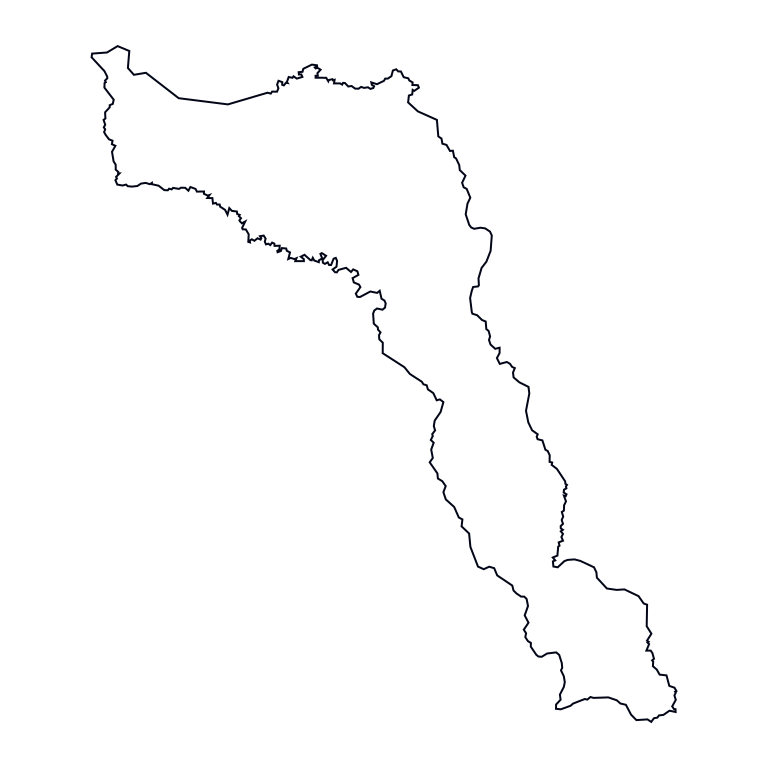 outline of Laranjal do Jari, Amapá, Brazil
{"feature_id": "56859067B40732020557984", "entity_name": "Laranjal do Jari", "entity_type": "district", "adm_level": 2, "iso_a3": "BRA", "parent_name": "Brazil", "parent_adm1": "Amapá", "projection": "orthographic", "projection_center": [-53.198, 0.775], "detail": "fine", "context": "isolated", "style": "outline", "palette": "ink", "viewbox_px": 768, "rotation_deg": 0, "n_neighbors": 0, "source": "geoboundaries", "source_scale": "gbopen_adm2", "svg_char_len": 6031}
<svg xmlns="http://www.w3.org/2000/svg" viewBox="0 0 768 768"><path d="M573.0,703.6L584.8,699.0L587.3,699.6L590.5,697.0L593.5,697.9L608.3,697.4L616.8,700.3L620.4,703.5L625.9,704.8L631.1,714.7L636.4,720.1L647.5,719.4L651.2,721.9L654.0,718.2L657.4,717.6L659.0,715.4L663.4,714.9L669.5,710.7L675.6,712.0L675.5,709.2L674.0,709.1L672.2,706.4L675.8,699.8L674.4,695.5L675.8,692.6L675.1,691.7L676.4,691.0L674.5,687.7L669.3,685.9L666.5,675.4L659.6,674.6L656.8,669.6L652.9,666.2L653.2,661.6L652.1,660.4L654.0,658.8L652.4,653.1L650.7,650.6L646.4,650.6L649.1,644.1L647.5,642.6L648.6,641.8L647.0,640.7L651.4,633.7L646.7,626.2L647.1,604.7L643.7,603.5L638.5,596.1L624.4,589.4L616.6,589.9L606.9,588.5L596.9,577.7L596.4,572.3L594.0,567.3L580.3,560.9L574.5,559.4L567.7,559.9L564.4,561.1L557.7,567.3L553.4,566.5L552.9,561.4L555.2,560.4L552.8,557.5L557.4,555.6L558.2,546.6L559.5,545.7L558.7,542.4L563.0,540.7L561.4,537.0L563.0,533.9L560.8,531.3L562.9,529.8L560.8,528.4L560.7,526.0L563.0,523.9L561.7,520.0L563.2,516.6L561.8,512.0L563.9,510.6L564.1,505.2L566.0,501.4L563.9,495.6L565.7,496.1L566.5,494.3L563.7,492.5L564.0,489.7L566.4,488.3L565.9,486.4L567.0,484.9L565.4,483.8L565.2,481.4L556.9,468.9L551.7,464.9L552.2,462.5L549.6,461.9L549.7,455.2L547.7,451.0L545.4,449.7L542.4,440.4L537.6,439.2L536.7,436.8L537.7,434.3L532.1,430.3L528.3,422.4L526.0,410.8L529.3,393.6L528.5,386.9L519.3,382.3L513.6,377.4L513.0,372.6L514.8,368.1L512.1,366.9L510.0,363.8L506.8,362.0L499.8,363.9L496.9,358.1L499.6,353.0L499.6,347.7L495.2,348.8L490.5,344.5L489.0,340.0L490.1,336.4L488.6,330.9L486.3,329.1L485.7,321.5L482.0,320.0L477.1,315.2L472.4,313.7L471.8,312.1L470.1,298.1L471.7,291.1L473.1,287.0L478.1,286.4L478.9,285.2L478.5,278.4L481.6,267.9L486.4,261.7L490.6,250.9L491.8,235.5L490.0,231.6L485.2,228.4L480.5,227.7L474.1,228.8L471.1,227.4L469.2,224.8L465.7,214.3L467.5,203.6L470.3,197.7L466.7,188.9L463.7,187.3L462.1,182.8L465.5,175.6L459.8,170.1L459.2,165.0L456.1,158.5L454.2,157.2L452.9,150.7L450.0,151.0L446.5,144.9L442.4,143.7L441.5,138.6L438.3,136.4L436.9,119.9L417.9,111.4L408.1,102.4L408.9,95.5L412.2,94.5L412.7,89.9L414.2,90.9L418.9,87.7L417.9,85.2L412.4,85.0L412.6,82.4L409.3,80.5L408.3,78.3L403.7,77.2L400.9,71.5L398.2,71.4L396.2,69.3L392.9,70.5L391.4,76.2L387.8,78.6L385.2,78.6L384.0,80.8L377.0,84.2L371.3,82.4L371.9,84.9L374.1,86.2L373.3,88.0L370.4,88.9L368.0,87.3L364.0,87.9L361.1,86.9L358.6,88.7L355.1,88.6L351.6,86.0L348.3,86.5L344.9,83.0L343.0,82.9L342.2,84.6L340.0,83.4L334.0,83.4L334.6,79.8L333.0,80.3L332.5,79.2L328.8,80.0L328.3,81.3L326.2,77.8L315.6,77.7L315.6,75.8L317.8,75.6L317.4,73.2L320.6,69.7L317.6,67.9L315.6,68.4L314.8,67.4L317.1,66.5L317.0,65.3L311.9,64.6L303.3,68.8L302.5,71.8L298.7,72.2L298.9,74.5L301.3,74.4L302.4,76.9L296.8,78.6L293.5,76.3L292.5,77.8L288.7,77.0L286.9,82.0L287.6,83.0L286.0,82.7L283.9,85.4L282.2,84.8L282.3,82.1L278.5,80.8L277.1,84.6L278.4,88.3L277.0,91.7L272.1,91.6L270.8,93.6L267.6,92.7L227.9,104.4L178.7,98.2L145.9,72.8L133.9,74.8L127.9,68.0L129.3,51.0L117.6,46.1L107.0,52.5L92.1,53.6L91.6,57.3L104.5,71.2L107.2,76.6L107.3,78.3L105.0,80.6L105.8,82.2L104.6,82.9L104.4,87.6L113.7,99.7L112.8,103.9L109.7,105.2L109.7,107.3L105.1,112.3L105.4,118.5L103.6,119.9L105.2,124.7L103.8,127.4L105.2,129.3L104.1,132.1L105.6,134.8L109.0,139.3L112.5,140.7L111.9,144.2L115.4,145.8L112.0,151.8L113.6,161.4L115.7,164.7L115.7,169.6L118.3,172.0L118.1,173.4L119.5,173.4L116.1,176.9L116.9,178.6L115.4,180.2L117.3,184.6L122.5,185.5L126.1,184.6L127.8,186.2L131.9,186.6L137.4,186.0L141.0,183.6L145.7,182.9L149.9,184.2L151.9,182.9L151.9,184.2L158.6,185.7L164.3,190.1L167.8,190.3L169.1,188.7L171.7,189.4L173.0,187.9L179.0,188.9L181.0,187.7L185.2,187.8L188.4,190.7L190.4,187.0L195.5,188.9L196.9,191.6L204.0,191.5L203.9,193.8L207.8,195.6L209.5,195.0L207.3,198.0L212.4,198.1L213.0,203.6L215.9,202.9L216.9,204.5L219.7,204.5L220.1,206.6L225.1,209.9L227.5,214.7L229.3,208.1L231.9,210.9L236.9,211.5L237.2,214.0L239.7,214.9L238.9,216.2L241.0,218.2L239.4,220.3L240.0,221.4L241.9,223.3L245.2,221.5L242.1,227.9L242.7,229.3L245.9,229.5L248.7,234.3L248.3,241.9L250.0,242.4L249.7,240.6L251.8,239.3L254.4,240.8L257.5,238.3L260.6,239.6L261.3,238.2L260.0,236.2L263.7,235.6L265.6,238.6L264.8,241.7L266.0,244.4L268.3,243.7L270.3,245.1L272.1,242.6L274.3,243.6L274.6,245.9L279.7,245.7L279.4,249.5L277.3,250.9L277.6,252.2L280.9,251.0L281.9,248.1L286.2,248.5L286.8,250.8L290.0,252.4L288.3,259.0L290.7,257.9L294.4,259.1L296.5,258.2L295.3,261.1L303.9,261.1L303.8,259.1L300.8,256.7L304.5,254.8L310.4,260.1L311.7,260.3L312.8,257.8L314.2,260.5L318.8,262.2L319.0,260.3L322.2,258.4L320.4,253.9L321.8,253.1L326.1,255.8L322.6,260.2L322.9,262.7L324.9,263.9L327.7,262.3L329.1,265.0L331.1,265.0L333.6,258.7L335.8,257.9L337.1,261.0L336.5,266.7L332.6,269.5L335.0,272.2L336.8,272.4L338.5,269.9L346.1,267.8L351.0,272.0L353.2,269.4L357.4,271.3L358.4,274.9L352.6,278.1L353.8,282.4L359.0,284.6L360.4,287.1L355.8,293.6L357.3,296.8L360.0,297.0L370.3,291.5L377.2,292.9L379.7,290.8L381.5,298.7L384.4,300.5L385.7,303.4L385.0,307.6L382.5,309.7L377.0,308.5L374.3,310.5L373.1,313.7L373.8,323.7L377.8,327.3L378.0,329.6L380.5,332.4L379.0,335.2L379.3,339.3L382.8,342.7L382.7,353.2L404.4,367.2L409.9,374.0L421.9,381.8L423.4,384.3L426.7,385.3L427.9,389.4L433.3,393.1L436.7,400.3L439.9,399.4L443.4,402.1L440.6,412.0L434.7,420.6L433.8,426.1L435.1,430.4L432.2,434.2L432.8,436.0L430.8,440.0L433.7,442.7L431.2,449.6L432.8,458.0L429.7,462.3L437.4,473.4L437.9,478.5L442.3,481.2L445.7,486.1L443.4,492.2L445.8,499.4L454.2,507.0L458.8,517.5L462.4,519.4L461.6,526.4L469.1,533.5L470.4,546.9L478.0,566.6L483.7,569.2L489.2,566.7L494.2,568.2L497.2,575.4L512.3,585.6L513.5,590.5L516.4,593.4L521.1,596.6L524.2,596.6L526.6,598.9L528.0,606.0L524.7,615.4L528.5,622.7L523.8,629.7L526.1,633.3L525.3,637.1L527.9,641.1L530.9,642.9L530.8,646.7L536.3,654.8L538.4,656.5L541.7,656.8L547.1,653.5L556.2,652.4L559.2,654.9L561.8,663.1L562.2,667.8L561.0,670.4L563.8,676.2L564.8,682.2L563.8,687.0L559.9,694.6L560.6,699.7L556.1,704.5L556.0,708.8L560.8,709.3L570.5,705.8L573.0,703.6Z" fill="none" stroke="#020617" stroke-width="2"/></svg>